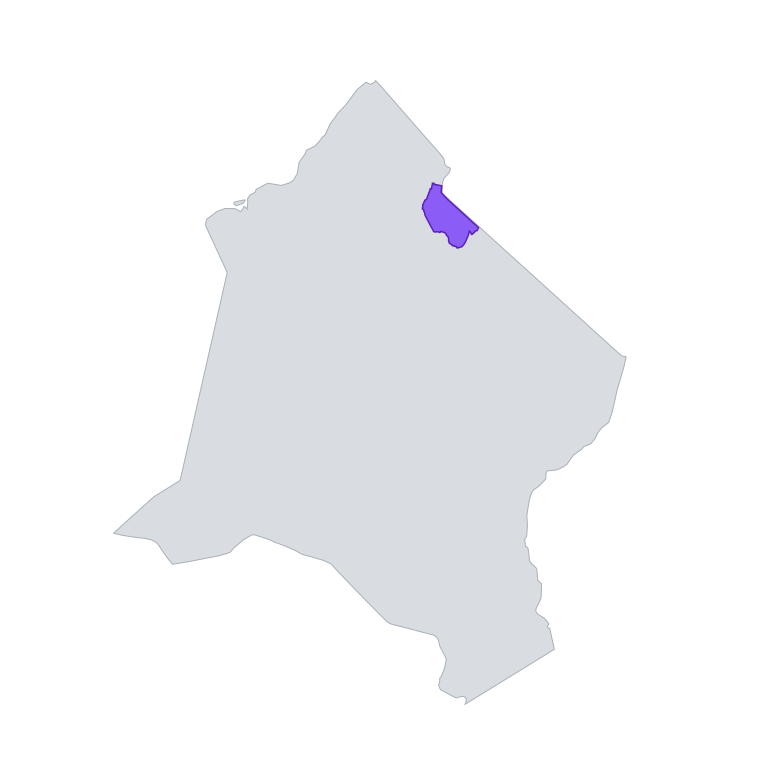 Kajiado South, Rift Valley, Kenya shown in context, rotated 193°
{"feature_id": "3690345B92214929535535", "entity_name": "Kajiado South", "entity_type": "district", "adm_level": 2, "iso_a3": "KEN", "parent_name": "Kenya", "parent_adm1": "Rift Valley", "projection": "mercator", "projection_center": [37.518, -2.686], "detail": "fine", "context": "in_parent", "style": "filled", "palette": "violet", "viewbox_px": 768, "rotation_deg": 193, "n_neighbors": 0, "source": "geoboundaries", "source_scale": "gbopen_adm2", "svg_char_len": 6969}
<svg xmlns="http://www.w3.org/2000/svg" viewBox="0 0 768 768"><g transform="rotate(193 384 384)"><path d="M154.2,464.9L154.1,455.0L155.5,430.0L155.3,408.1L156.5,397.1L162.0,390.2L164.5,385.1L166.2,378.0L169.1,372.3L175.5,367.6L176.7,365.0L183.5,357.2L187.6,347.1L190.6,343.7L194.5,340.5L197.2,338.8L201.7,337.2L205.2,336.2L205.8,335.4L206.1,333.8L205.0,327.6L206.4,325.5L208.8,321.3L211.6,317.5L214.0,315.0L215.4,312.5L216.1,308.1L216.2,304.9L216.1,299.9L215.3,288.3L212.5,278.6L210.7,267.8L212.0,264.3L209.7,257.9L208.6,257.6L206.7,256.2L204.4,250.2L202.6,244.7L201.5,243.4L193.8,238.6L189.9,227.3L185.6,224.8L183.3,213.6L182.8,210.4L185.3,199.3L185.0,196.7L182.4,194.3L175.2,191.9L169.3,187.3L170.1,185.7L170.5,184.1L167.4,182.9L158.4,163.8L170.0,152.3L181.7,140.7L196.7,126.0L210.4,112.4L222.3,100.7L232.9,90.3L232.6,92.3L232.7,94.9L234.0,96.5L236.2,97.6L239.2,96.5L241.8,94.8L244.4,94.5L260.3,98.9L263.0,102.6L262.8,106.7L263.5,109.7L262.3,112.6L261.0,121.6L261.4,129.9L266.1,135.9L270.4,140.7L273.8,147.4L276.3,149.5L279.7,150.6L290.7,150.8L306.9,151.3L322.5,151.7L323.9,151.9L327.2,152.8L341.5,161.8L354.7,170.1L365.8,177.3L376.6,184.3L387.0,191.2L395.2,196.8L403.2,198.5L416.2,199.3L425.2,199.6L433.6,202.0L446.0,204.2L455.2,205.3L460.8,206.6L476.3,207.9L478.9,207.2L485.7,200.9L493.3,190.7L496.3,185.1L506.2,179.5L523.6,171.8L535.9,166.3L549.5,160.8L555.7,165.5L564.2,173.2L568.0,177.0L571.1,178.7L575.8,179.8L581.4,179.8L584.5,179.6L590.8,178.7L605.5,177.7L613.9,177.8L606.9,188.0L598.4,200.2L582.7,222.6L570.8,234.4L561.8,243.3L561.0,244.9L561.0,254.9L561.1,279.2L561.3,327.7L561.5,376.3L561.7,424.8L561.8,449.1L561.8,457.3L569.7,467.5L577.4,477.4L587.6,490.6L593.1,497.7L594.0,500.1L593.7,504.8L585.3,514.7L578.4,519.2L569.2,521.3L566.4,520.9L562.8,519.5L561.3,521.9L560.3,525.6L558.2,524.8L556.7,523.7L557.6,530.3L558.6,533.5L557.2,537.9L552.7,541.7L552.3,545.0L542.5,553.5L528.7,554.4L521.5,558.6L518.2,562.0L515.8,569.6L516.6,581.1L512.8,590.0L512.1,594.5L504.9,600.2L501.8,605.5L499.5,610.9L497.4,613.3L495.0,625.4L491.7,632.7L490.8,635.1L490.0,637.3L487.4,641.6L485.7,644.6L484.5,646.5L476.1,665.4L469.5,673.9L464.4,672.9L461.0,676.2L460.6,677.7L458.8,676.8L454.5,673.7L445.6,667.4L436.8,661.0L427.9,654.6L419.1,648.2L410.3,641.8L401.4,635.4L392.6,629.1L383.7,622.7L378.5,618.9L376.2,616.7L374.4,612.3L373.6,611.2L371.2,609.8L368.5,609.5L367.7,608.7L367.7,606.6L368.6,603.5L371.9,597.7L372.2,594.2L371.6,590.3L370.6,584.1L369.7,582.6L363.9,579.4L351.6,572.5L339.3,565.6L327.0,558.8L314.7,551.9L302.5,545.0L290.2,538.2L277.9,531.3L265.6,524.5L253.3,517.6L241.1,510.8L228.8,503.9L216.5,497.0L204.2,490.2L192.0,483.3L179.7,476.5L167.4,469.6L162.8,467.0L158.6,464.9L154.2,464.9ZM562.7,531.5L560.6,532.0L561.7,528.7L568.0,524.5L570.6,525.4L571.0,526.4L570.9,527.3L569.8,528.1L562.7,531.5Z" fill="#d9dde1" stroke="#a8b0b8" stroke-width="1"/><path d="M327.0,557.6L332.5,560.7L332.7,560.8L333.4,561.1L340.6,565.3L344.3,567.3L345.3,567.9L348.8,569.9L349.8,570.4L352.0,571.7L355.9,573.8L356.1,574.0L357.1,574.5L357.6,574.8L358.2,575.1L358.8,575.5L359.2,575.7L361.1,576.7L361.6,577.0L362.1,577.3L362.8,577.7L363.3,578.1L364.0,578.5L365.3,579.3L366.0,579.8L367.2,580.6L368.7,581.6L369.5,582.1L370.2,582.7L370.5,582.8L370.7,583.0L371.0,583.2L371.3,583.4L371.4,583.7L371.5,584.6L371.6,585.2L371.7,585.7L371.8,586.3L372.0,587.4L372.1,587.9L372.2,589.0L372.3,589.5L372.4,589.9L372.5,590.1L375.8,590.0L377.1,590.0L377.9,589.9L378.2,589.9L378.3,590.0L378.5,590.0L378.5,589.9L378.9,589.8L378.9,589.7L379.0,589.7L379.1,589.8L379.2,589.7L379.3,589.7L379.4,589.8L379.5,589.8L379.7,590.0L379.8,590.1L380.0,590.1L380.2,590.3L380.3,590.4L380.4,590.5L380.5,590.6L380.6,590.8L380.8,590.8L381.0,590.8L381.1,590.7L381.3,590.6L381.5,590.6L381.7,590.4L381.8,590.4L381.7,590.2L381.8,590.2L381.7,590.0L381.8,590.0L381.8,589.9L381.8,589.7L381.8,587.0L381.8,585.8L381.8,585.4L381.8,584.8L381.8,584.6L382.0,584.6L382.3,584.6L382.5,584.6L382.8,584.6L383.1,581.6L383.3,580.3L383.4,579.6L383.5,578.7L384.1,573.9L384.1,573.4L385.5,572.4L385.5,572.2L385.9,570.2L386.2,568.9L386.2,568.7L386.3,568.2L386.5,567.5L386.6,566.8L386.2,566.3L386.1,566.1L386.0,565.5L386.0,565.4L386.0,565.1L386.1,564.9L386.2,564.5L386.2,564.1L386.2,563.9L385.9,563.4L385.9,563.2L385.7,563.0L384.9,562.9L384.7,562.9L384.5,562.6L384.3,562.1L384.1,561.6L384.1,561.3L384.0,561.2L383.6,560.8L383.2,560.5L382.8,559.6L382.7,559.4L382.5,559.0L382.4,558.7L382.2,558.2L381.9,557.8L381.8,557.5L381.6,557.2L381.1,556.7L380.6,556.1L379.1,554.3L378.8,554.0L378.7,553.9L378.5,553.6L378.4,553.5L378.2,553.3L378.1,553.1L377.9,552.9L376.7,551.6L375.7,550.4L374.9,549.5L374.0,548.3L372.8,547.0L372.0,546.2L369.9,543.7L369.5,543.7L368.9,543.7L368.5,543.6L368.3,543.6L367.8,543.8L367.3,543.9L366.8,544.1L366.3,544.3L365.9,544.5L365.5,544.5L365.2,544.5L364.7,544.3L364.5,544.2L364.2,544.2L363.8,544.2L363.7,544.2L363.5,544.3L363.5,544.5L363.4,544.6L363.3,544.8L363.2,544.9L363.2,545.1L362.9,545.3L362.7,545.4L362.7,545.5L362.4,545.5L362.2,545.6L362.0,545.4L361.9,545.3L361.6,545.3L361.2,545.3L358.6,545.1L358.4,545.0L358.4,544.9L358.2,544.8L358.1,544.7L357.8,544.4L357.7,544.4L357.5,544.1L357.4,544.1L357.2,543.8L357.0,543.7L356.9,543.5L356.5,543.1L356.2,542.8L356.0,542.6L355.8,542.4L355.6,542.3L355.4,542.1L355.2,542.0L354.8,541.9L354.5,541.8L354.4,541.7L354.3,541.4L354.2,541.3L354.2,541.0L354.1,540.8L354.0,540.5L353.9,540.4L353.8,540.1L353.7,539.8L353.6,539.5L353.5,539.2L353.4,538.6L353.4,538.4L353.3,538.2L353.1,537.7L352.8,537.4L352.7,537.2L352.6,536.9L352.5,536.7L352.4,536.4L352.3,536.2L352.2,536.1L351.9,535.9L351.6,535.8L351.5,535.7L351.3,535.7L351.1,535.6L350.9,535.5L350.7,535.5L350.6,535.4L350.3,535.3L350.2,535.3L350.0,535.1L349.4,534.8L349.0,534.7L348.5,534.4L348.4,534.2L348.1,534.2L347.9,534.2L347.7,534.2L347.4,534.3L347.1,534.3L346.9,534.3L346.7,534.4L346.6,534.2L346.4,534.0L346.1,534.1L345.9,534.1L345.7,534.1L345.4,534.1L345.1,534.2L344.9,534.2L344.7,534.2L344.4,534.0L344.3,533.9L344.1,533.8L344.1,533.7L343.9,533.6L343.9,533.4L343.7,533.3L343.7,533.2L343.4,533.0L343.2,533.1L342.8,533.2L342.7,533.3L342.3,533.4L341.7,533.6L341.4,533.9L341.2,534.0L340.9,534.3L340.6,534.5L340.1,534.7L339.9,534.8L339.6,535.0L339.4,535.0L339.2,535.2L339.1,535.3L338.9,535.6L338.6,535.9L338.4,536.1L338.4,536.3L338.3,536.5L338.2,536.8L338.0,537.2L338.0,537.3L337.9,537.3L337.6,537.8L337.3,538.6L336.9,540.0L336.6,540.8L336.2,542.9L336.1,543.4L336.1,543.5L335.7,545.6L335.7,545.8L335.6,546.3L335.5,546.7L335.4,547.3L335.4,548.0L335.2,549.8L335.2,550.1L335.2,551.6L335.2,552.2L335.1,552.3L334.8,552.1L334.4,551.8L333.7,551.2L333.2,550.6L332.9,550.2L332.7,549.8L332.5,549.5L332.3,549.4L332.0,549.5L331.8,549.7L331.6,549.9L331.5,550.1L331.4,550.2L331.2,550.3L330.7,551.2L330.6,551.3L330.4,551.5L330.4,551.8L330.0,552.2L329.9,552.4L329.8,552.7L329.7,552.9L329.6,553.1L329.4,553.3L329.0,553.8L328.9,553.9L328.8,554.0L328.5,554.1L328.3,554.2L327.9,554.3L327.7,554.5L327.0,557.6Z" fill="#8b5cf6" stroke="#5b21b6" stroke-width="1.5"/></g></svg>